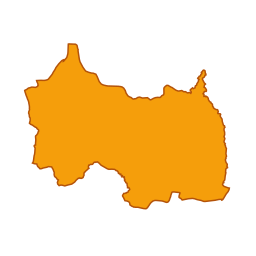 the district of Kenedougou, Kénédougou, Burkina Faso, rotated 95°
{"feature_id": "67063806B9375485614542", "entity_name": "Kenedougou", "entity_type": "district", "adm_level": 2, "iso_a3": "BFA", "parent_name": "Burkina Faso", "parent_adm1": "Kénédougou", "projection": "albers", "projection_center": [-4.927, 11.414], "detail": "fine", "context": "isolated", "style": "filled", "palette": "amber", "viewbox_px": 256, "rotation_deg": 95, "n_neighbors": 0, "source": "geoboundaries", "source_scale": "gbopen_adm2", "svg_char_len": 5748}
<svg xmlns="http://www.w3.org/2000/svg" viewBox="0 0 256 256"><g transform="rotate(95 128 128)"><path d="M179.0,21.8L178.9,23.1L177.8,27.2L176.6,28.6L176.1,28.9L174.2,28.4L174.1,28.1L173.9,28.4L173.1,28.2L171.3,27.1L167.3,27.0L164.1,26.6L164.0,26.9L160.9,27.0L159.9,26.7L159.4,26.3L158.9,25.4L158.4,25.4L157.6,26.1L155.8,25.9L154.8,26.4L153.9,27.3L151.7,28.1L150.7,28.2L149.8,27.7L148.6,27.9L147.6,27.4L145.2,28.2L139.7,28.2L138.7,29.0L137.1,29.4L136.3,30.0L135.8,30.1L135.3,29.7L133.8,31.0L132.8,31.2L130.9,30.7L130.0,30.6L128.3,31.6L126.2,31.1L123.7,31.4L121.7,32.2L119.7,32.2L118.9,31.5L118.2,31.8L118.1,32.0L117.4,32.1L117.3,32.7L116.8,33.2L113.4,34.6L110.9,35.1L108.7,36.9L107.7,37.3L107.1,37.0L106.3,36.9L105.9,37.2L105.7,39.7L105.1,39.9L103.8,39.5L102.2,40.2L101.9,40.7L102.0,41.7L101.1,43.9L100.6,44.5L99.9,44.6L99.2,45.5L96.9,46.0L95.9,47.5L95.2,47.6L94.6,49.0L92.7,50.4L91.5,50.6L90.3,51.5L89.5,53.1L90.0,53.2L90.0,53.7L89.6,54.5L89.8,55.1L88.1,55.2L87.4,56.2L87.0,56.2L86.4,55.5L85.3,55.3L84.9,54.8L84.7,53.3L84.3,53.1L83.2,53.2L81.4,54.4L80.8,55.8L78.3,55.5L77.5,54.6L77.3,54.7L76.5,55.9L73.0,58.1L71.9,58.1L70.9,56.7L69.9,56.1L68.8,56.0L68.4,55.0L67.4,55.1L67.1,55.5L65.7,56.0L64.4,56.2L63.9,56.8L63.7,57.6L64.1,58.3L65.4,59.0L66.0,59.7L66.4,59.8L67.0,59.2L67.5,59.3L68.2,60.0L69.7,60.4L70.4,61.7L71.2,61.9L71.8,62.6L72.5,62.9L72.9,62.4L73.0,61.8L73.5,61.4L74.1,61.9L75.7,62.0L76.3,62.4L78.1,63.3L79.4,63.4L80.1,64.5L80.6,64.7L82.1,64.7L83.1,66.4L82.4,67.2L84.4,69.2L85.0,69.3L86.4,68.2L87.1,68.1L88.0,68.5L87.2,69.9L87.8,71.4L87.8,72.0L86.8,73.8L87.0,75.6L86.0,77.7L86.8,80.7L86.7,81.7L86.1,83.7L83.8,87.7L83.5,88.8L82.1,91.7L82.1,93.0L83.1,94.3L84.6,95.5L85.5,95.7L90.5,95.2L91.8,95.5L92.9,97.2L93.9,97.8L94.8,98.8L94.9,101.2L95.4,103.4L96.2,105.1L97.8,107.5L98.0,108.3L96.1,111.2L96.9,116.2L96.2,119.0L96.4,119.9L96.8,121.1L98.1,122.7L98.3,124.0L98.7,124.8L98.5,126.0L97.4,127.4L96.8,129.4L95.9,131.0L93.3,133.0L90.9,134.0L88.7,135.7L87.7,137.3L87.4,138.8L87.3,141.3L87.9,151.8L87.8,153.1L87.4,156.0L86.6,158.4L84.3,160.7L79.5,163.2L77.2,164.7L76.4,167.6L76.5,168.9L75.9,172.2L75.0,175.1L73.7,176.3L71.3,178.3L66.2,181.6L63.7,182.5L55.5,184.5L54.2,184.5L53.4,185.0L50.1,186.0L49.1,187.5L49.4,194.2L49.6,194.8L57.5,194.4L59.3,194.4L62.5,195.0L63.5,195.4L67.0,197.9L67.2,198.2L65.7,198.2L66.3,199.3L66.8,199.9L70.2,202.6L74.0,205.0L76.3,205.9L78.9,207.3L81.1,208.2L86.3,211.6L86.5,211.8L87.3,213.3L87.8,215.0L88.0,216.8L88.1,219.0L88.7,223.2L90.1,222.6L91.6,221.7L93.0,221.4L93.4,221.5L93.7,221.3L94.4,221.8L95.2,222.8L95.6,223.7L95.6,226.7L95.7,227.7L96.5,229.4L96.9,230.7L98.5,232.4L99.4,234.0L99.6,234.2L100.8,233.8L104.6,232.2L106.5,231.2L107.8,230.7L109.5,229.7L111.4,229.0L112.1,228.9L113.7,228.4L115.6,228.0L117.4,227.9L118.1,227.7L118.9,227.8L120.6,228.3L121.9,228.3L123.3,227.6L125.5,227.2L126.4,226.5L126.9,226.3L129.5,226.1L130.9,226.5L131.9,226.5L131.9,226.1L132.5,225.8L132.9,225.2L133.0,224.5L133.1,224.4L133.6,223.2L134.8,221.3L134.8,221.1L135.1,220.7L135.7,219.1L136.6,218.6L137.6,217.1L138.3,216.8L139.3,216.8L139.7,217.2L141.2,217.4L143.1,218.5L143.9,219.3L144.3,219.4L145.1,219.3L147.9,218.8L151.4,218.8L153.0,218.6L153.3,219.6L153.7,219.9L154.5,219.8L156.0,218.8L160.3,218.7L162.3,218.8L163.9,219.1L168.4,219.3L170.4,219.6L171.2,220.1L171.5,219.2L171.8,217.6L171.8,215.7L172.9,215.3L174.2,214.6L175.6,212.8L176.1,212.5L176.3,212.0L176.0,210.5L175.2,208.9L174.2,205.5L173.4,204.0L173.4,200.7L175.3,199.4L175.7,199.0L177.2,198.4L178.0,197.9L178.8,197.6L180.9,197.5L182.4,197.0L183.0,196.5L183.6,195.4L185.3,194.0L185.6,193.4L185.8,192.9L187.9,193.5L188.7,193.6L189.1,193.3L189.9,193.2L191.4,191.6L190.7,190.0L190.7,189.3L190.7,188.6L191.2,185.9L190.0,182.9L188.9,179.5L188.6,178.9L186.5,176.4L184.5,175.1L182.4,173.1L182.4,172.6L182.0,172.0L182.0,171.7L182.3,171.2L182.1,170.7L182.2,169.7L181.7,169.2L181.5,168.7L180.9,168.3L180.0,168.2L179.5,167.9L178.9,167.7L177.4,167.9L176.2,167.7L175.7,167.4L175.5,166.9L175.1,166.6L174.5,166.3L172.9,164.7L172.5,164.5L171.6,163.4L170.7,164.0L170.3,163.9L169.8,164.1L168.5,163.9L168.5,163.4L167.6,162.3L167.4,161.7L167.5,161.0L167.2,160.1L165.4,159.0L165.0,158.5L165.1,157.8L164.8,157.4L164.7,156.1L164.4,155.5L164.5,155.1L165.0,154.7L165.3,154.0L167.4,151.6L170.5,144.9L170.8,143.4L170.4,140.5L170.4,137.7L170.8,137.0L171.2,136.6L171.1,136.4L171.6,135.9L171.5,135.2L172.1,134.4L172.5,134.2L172.8,133.9L173.3,133.8L173.7,133.2L174.0,133.4L174.5,132.5L174.5,131.9L174.6,131.6L174.8,131.6L174.6,131.2L175.4,130.9L175.9,130.6L175.9,129.5L176.2,129.5L177.0,129.7L176.8,129.0L177.0,128.7L177.1,129.0L177.3,128.4L177.1,127.5L177.7,127.5L177.7,127.3L178.4,127.2L179.1,127.2L179.4,126.8L179.9,126.6L180.4,126.9L180.9,126.7L181.8,125.7L182.6,125.5L183.2,124.2L183.5,124.1L184.9,123.9L186.9,123.2L187.5,123.3L187.6,122.8L187.3,122.5L187.4,121.9L188.7,121.0L189.0,120.9L189.7,121.2L190.5,122.1L191.7,122.3L192.0,122.7L192.4,123.7L193.1,124.3L193.0,124.8L193.6,125.9L193.6,126.6L194.5,126.9L195.4,127.5L196.2,127.5L197.9,126.3L200.7,124.7L200.8,122.9L201.3,121.1L201.9,120.3L202.4,119.9L204.5,119.3L205.7,117.1L205.9,116.2L206.3,115.3L206.2,114.8L206.3,113.7L206.1,111.0L206.4,109.1L206.9,105.3L206.9,103.5L206.7,102.7L205.7,101.7L201.4,99.3L200.2,98.5L198.6,96.8L197.9,95.2L197.7,93.9L197.7,88.3L197.8,87.1L198.7,83.5L198.7,82.8L198.3,81.9L197.8,81.3L196.2,80.5L194.3,80.1L192.9,79.6L191.1,79.4L188.4,78.7L188.1,78.5L187.8,77.7L187.7,76.3L187.8,72.5L187.9,70.9L188.1,70.6L188.5,70.6L190.6,71.1L192.0,71.2L192.8,71.0L193.7,69.1L195.0,67.8L193.2,61.7L192.5,57.6L192.7,55.4L193.3,53.0L193.8,48.8L194.5,46.3L194.5,45.0L192.4,35.0L191.2,31.0L190.9,28.2L191.6,28.2L191.4,27.7L190.5,27.0L185.1,24.4L182.7,22.8L180.7,22.0L179.0,21.8Z" fill="#f59e0b" stroke="#b45309" stroke-width="1.5"/></g></svg>